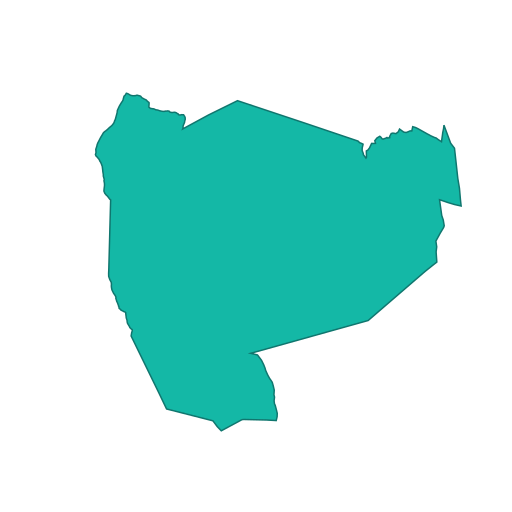 Ocotepec, Chiapas, Mexico, rotated 196°
{"feature_id": "50627088B68373629455752", "entity_name": "Ocotepec", "entity_type": "district", "adm_level": 2, "iso_a3": "MEX", "parent_name": "Mexico", "parent_adm1": "Chiapas", "projection": "natural_earth1", "projection_center": [-93.158, 17.224], "detail": "fine", "context": "isolated", "style": "filled", "palette": "teal", "viewbox_px": 512, "rotation_deg": 196, "n_neighbors": 0, "source": "geoboundaries", "source_scale": "gbopen_adm2", "svg_char_len": 4234}
<svg xmlns="http://www.w3.org/2000/svg" viewBox="0 0 512 512"><g transform="rotate(196 256 256)"><path d="M311.6,97.6L299.8,84.3L252.0,85.7L246.2,81.3L241.2,78.4L224.4,94.8L222.7,95.5L200.5,101.3L191.2,103.4L191.4,107.3L192.2,110.6L193.9,113.6L196.4,117.8L197.5,119.0L198.7,121.8L199.3,125.5L200.5,127.5L201.5,132.1L203.6,135.9L205.6,139.1L207.7,140.9L209.2,142.1L211.8,144.7L215.2,148.7L216.4,150.7L218.7,153.7L221.9,157.2L227.3,161.3L234.3,161.0L130.4,224.9L89.2,287.8L83.1,296.4L80.5,300.0L84.0,309.6L84.8,314.6L87.2,319.9L85.2,328.8L83.5,335.1L83.4,336.9L85.9,342.2L88.6,346.1L95.1,360.7L90.3,360.5L86.5,360.3L79.4,360.2L72.6,360.6L75.0,366.5L79.1,377.2L83.4,386.2L88.5,398.7L94.9,414.3L100.0,418.1L111.4,433.6L111.3,433.1L110.8,430.0L110.5,425.9L110.4,425.4L110.2,424.1L109.2,417.0L112.9,418.1L115.4,419.1L116.9,419.1L119.6,419.5L121.5,419.8L123.5,420.3L124.8,420.5L125.1,420.6L134.9,422.9L136.9,423.3L138.4,423.5L140.3,423.5L141.0,423.5L140.7,419.2L142.4,418.7L143.8,417.5L145.7,416.1L148.1,415.8L153.0,417.6L153.4,414.7L155.2,412.2L157.5,412.0L158.5,411.8L159.8,411.0L160.5,407.6L160.1,406.6L162.2,405.6L162.8,406.0L164.2,404.6L164.9,404.3L166.0,403.4L167.0,403.4L168.8,404.7L170.0,405.2L171.3,403.8L172.2,402.9L173.1,400.8L173.6,399.5L173.3,399.2L172.2,397.2L174.3,396.5L175.9,396.1L176.7,391.1L177.7,388.6L178.9,387.4L177.0,381.4L177.3,380.4L180.7,383.0L181.2,384.2L182.3,385.6L183.1,386.8L183.7,389.3L183.8,391.7L183.9,393.0L185.4,393.3L187.6,393.5L189.6,394.6L245.5,397.2L316.6,400.2L340.5,378.5L361.5,357.9L361.4,359.2L361.8,360.1L361.9,361.2L361.7,363.3L361.5,364.5L361.7,366.3L361.7,367.9L361.9,368.5L362.3,369.6L363.2,370.7L364.1,371.3L364.5,371.8L366.2,371.4L366.6,371.3L367.6,370.7L368.1,370.6L368.8,370.4L369.5,370.6L370.1,371.2L371.0,371.3L371.9,371.6L372.1,371.7L373.3,371.8L373.5,371.8L374.8,371.4L376.1,370.8L376.9,370.7L377.8,370.6L378.9,370.8L379.4,371.2L379.5,371.3L381.0,371.1L382.2,370.5L383.1,370.3L383.1,370.2L384.3,369.6L386.2,369.2L386.8,369.2L387.2,369.1L387.4,369.1L389.4,369.1L390.4,369.2L391.7,369.1L392.4,368.9L394.8,369.3L395.7,369.1L396.7,369.0L398.3,368.8L399.5,369.4L399.8,369.4L400.3,370.4L400.4,371.4L400.8,373.1L400.9,373.5L401.1,373.8L401.2,374.1L402.1,374.4L403.2,374.9L404.1,375.5L404.7,375.8L406.4,376.0L408.1,376.4L409.4,376.7L410.9,377.8L411.7,377.9L414.7,377.8L416.3,376.8L418.6,376.1L419.7,376.0L420.8,375.9L422.4,376.3L423.2,376.5L423.9,376.7L424.1,376.7L425.5,376.7L426.0,374.9L426.2,374.2L426.9,373.3L426.9,371.2L426.9,370.5L426.8,369.6L427.0,368.2L427.6,366.5L428.5,363.2L428.8,361.8L428.8,361.7L429.4,357.7L429.0,355.5L429.0,355.3L428.9,348.5L429.2,346.8L429.2,345.3L429.6,343.9L430.5,341.7L431.8,339.8L432.3,339.1L433.9,336.3L434.4,335.7L435.0,334.7L435.6,334.1L436.6,332.5L437.4,329.3L437.9,327.6L438.2,326.2L438.9,322.6L439.2,321.3L439.4,319.3L439.3,318.2L439.3,316.9L439.4,314.4L438.3,311.3L438.3,309.2L437.3,308.0L436.1,307.4L435.9,307.3L435.5,307.0L433.6,305.7L433.0,305.2L432.8,304.8L431.9,303.8L431.1,303.3L430.9,302.9L430.1,302.0L429.4,301.0L428.5,299.8L427.2,296.7L426.4,294.7L425.3,292.4L424.8,290.7L423.6,288.8L423.0,287.8L422.9,286.4L421.8,284.3L421.3,282.8L421.0,281.7L420.6,279.1L420.1,276.5L419.1,275.2L418.6,274.6L416.8,273.3L415.3,272.6L412.1,270.2L411.5,270.1L411.3,270.0L411.2,269.9L394.5,205.2L394.2,204.1L393.8,202.4L393.7,202.1L392.9,198.7L392.0,195.8L390.1,193.1L387.9,190.8L387.6,190.1L387.2,189.1L386.8,187.3L386.3,186.0L385.8,185.0L385.3,184.0L384.7,183.2L384.4,182.9L382.7,181.0L382.0,180.4L381.1,179.7L380.2,178.9L379.6,178.2L379.4,177.9L379.2,177.5L379.0,176.5L378.2,175.4L377.5,174.2L377.0,173.6L376.5,173.1L375.1,171.2L374.6,170.6L374.4,170.0L374.0,169.8L373.1,167.9L371.5,167.3L371.2,166.9L369.5,166.5L369.2,166.5L368.4,166.3L367.7,166.1L366.9,166.1L365.8,165.8L365.6,165.6L365.4,164.9L365.2,164.4L365.1,164.1L364.9,163.8L364.5,162.7L364.3,162.4L364.1,162.0L364.1,161.7L363.4,160.3L362.6,159.2L362.1,158.3L361.7,157.2L361.5,156.8L361.4,156.7L361.2,156.2L360.5,155.4L359.8,154.8L359.7,154.7L359.1,154.1L358.8,153.9L358.7,153.8L357.9,152.9L357.5,152.4L357.1,152.2L356.6,151.9L356.2,151.7L355.8,151.4L355.0,151.2L354.8,151.2L354.4,150.2L354.3,149.8L354.4,148.3L354.0,144.7L311.6,97.6Z" fill="#14b8a6" stroke="#0f766e" stroke-width="1.5"/></g></svg>